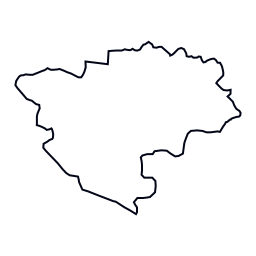 the district of Al-Hawiga, At-Ta'mim, Iraq
{"feature_id": "34846034B30595990417134", "entity_name": "Al-Hawiga", "entity_type": "district", "adm_level": 2, "iso_a3": "IRQ", "parent_name": "Iraq", "parent_adm1": "At-Ta'mim", "projection": "natural_earth1", "projection_center": [43.785, 35.263], "detail": "fine", "context": "isolated", "style": "outline", "palette": "ink", "viewbox_px": 256, "rotation_deg": 0, "n_neighbors": 0, "source": "geoboundaries", "source_scale": "gbopen_adm2", "svg_char_len": 2549}
<svg xmlns="http://www.w3.org/2000/svg" viewBox="0 0 256 256"><path d="M212.7,58.8L211.2,59.0L209.5,59.6L206.8,60.8L205.4,62.0L203.5,62.4L201.9,60.3L200.7,56.8L198.6,56.5L197.6,57.4L195.4,57.7L193.4,57.7L191.5,56.2L189.0,56.8L186.7,56.2L186.2,53.3L184.0,49.2L181.3,48.0L178.4,48.9L177.0,50.2L174.6,52.7L172.5,54.6L170.2,55.6L169.9,54.2L162.6,47.8L161.7,46.9L159.0,46.9L156.5,47.7L153.3,47.3L152.2,44.5L148.6,41.9L147.0,43.0L145.1,44.3L143.4,44.7L141.3,47.4L140.1,49.5L137.2,50.6L134.6,50.2L132.6,48.8L131.0,49.8L129.9,50.2L127.0,49.8L124.6,49.3L124.4,49.5L121.8,50.5L116.6,50.5L112.1,50.8L108.6,51.1L107.8,64.2L85.5,61.5L85.7,67.4L84.4,71.7L82.9,74.9L81.2,77.3L78.4,77.3L75.6,75.9L71.0,73.5L67.2,72.2L63.7,70.6L59.6,69.0L56.8,69.5L52.7,69.8L51.2,69.8L50.1,69.5L47.5,68.2L44.8,70.1L41.6,71.2L38.0,72.7L34.9,73.9L32.8,74.8L29.7,74.8L25.6,74.4L23.5,75.2L20.9,75.4L19.2,76.5L17.4,79.1L16.2,81.0L15.4,85.1L17.6,88.3L23.5,95.1L26.7,98.9L30.0,100.2L31.9,100.7L33.9,102.4L34.9,103.2L36.1,104.1L38.3,104.7L39.2,104.9L39.7,108.4L38.5,111.1L37.4,113.9L36.9,116.5L36.9,119.0L36.9,122.0L36.9,124.5L36.8,125.1L39.1,125.8L41.5,126.7L44.9,128.4L46.7,129.9L49.5,129.3L51.4,128.4L51.8,128.9L52.6,131.2L53.2,134.2L53.1,135.6L53.0,137.0L52.8,138.1L52.3,138.9L49.5,140.0L47.3,141.7L43.6,143.8L43.5,145.1L43.3,147.7L45.9,150.9L53.7,159.0L58.0,163.5L62.5,169.1L66.3,173.1L69.7,175.3L71.9,175.6L78.0,176.6L78.2,177.3L78.7,179.6L79.1,182.1L80.1,184.4L82.4,189.6L87.9,191.3L92.7,193.2L98.8,195.6L110.6,200.1L113.3,201.2L115.6,201.6L124.6,207.4L129.9,210.3L134.4,213.1L136.0,214.1L137.0,212.2L137.0,207.4L135.1,204.6L133.9,202.2L137.4,198.0L143.1,198.0L147.3,197.5L150.0,197.0L155.0,192.3L155.7,186.2L155.4,181.0L152.3,177.7L148.1,177.7L144.3,177.7L141.6,174.8L142.0,170.6L142.0,164.9L141.6,161.1L140.8,157.4L142.4,155.5L147.3,154.1L152.7,154.1L154.6,151.2L161.5,150.3L166.8,150.7L170.6,153.6L175.2,156.4L178.7,155.9L182.9,153.6L183.6,148.4L184.4,142.7L185.9,138.5L187.8,133.7L190.9,130.9L197.0,130.4L202.3,130.9L206.5,132.3L210.7,132.3L217.6,131.4L219.9,131.9L220.2,131.4L222.0,128.4L223.0,126.7L224.1,125.2L225.3,123.5L225.8,122.2L227.5,121.8L229.1,120.3L230.1,119.6L230.8,119.6L231.3,118.8L232.8,118.1L236.6,116.9L239.0,116.6L240.2,115.5L240.6,112.9L239.5,111.0L236.3,108.8L234.3,105.5L232.9,101.8L230.2,99.0L227.6,96.5L230.5,93.8L230.6,89.8L227.1,90.5L223.5,90.0L221.5,88.5L218.5,85.5L216.3,83.1L217.6,81.2L221.8,76.9L223.2,75.4L223.3,72.4L222.7,69.3L221.9,66.2L220.1,62.8L217.6,62.7L216.0,60.2L214.0,58.6L212.7,58.8Z" fill="none" stroke="#020617" stroke-width="2"/></svg>